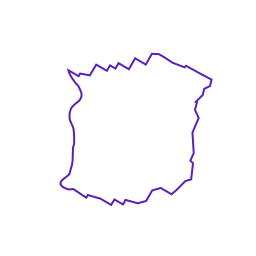 the district of Scott, Missouri, United States of America, rotated 210°
{"feature_id": "52423323B46745928167529", "entity_name": "Scott", "entity_type": "district", "adm_level": 2, "iso_a3": "USA", "parent_name": "United States of America", "parent_adm1": "Missouri", "projection": "mercator", "projection_center": [-89.519, 37.056], "detail": "fine", "context": "isolated", "style": "outline", "palette": "violet", "viewbox_px": 256, "rotation_deg": 210, "n_neighbors": 0, "source": "geoboundaries", "source_scale": "gbopen_adm2", "svg_char_len": 1164}
<svg xmlns="http://www.w3.org/2000/svg" viewBox="0 0 256 256"><g transform="rotate(210 128 128)"><path d="M79.9,211.7L89.1,211.3L103.0,211.0L108.9,210.8L109.4,208.8L122.1,206.8L132.1,207.4L138.2,207.4L144.4,204.2L144.3,191.8L156.7,191.9L156.6,179.3L168.6,179.4L168.6,173.2L174.9,173.2L174.9,167.0L187.2,167.0L187.4,154.5L196.7,151.2L196.7,148.2L208.4,148.2L206.9,146.7L204.9,145.2L202.1,143.6L197.1,141.2L191.5,139.3L186.1,135.3L185.0,133.8L184.2,132.4L184.0,131.6L183.7,128.7L183.8,127.6L185.9,122.1L187.0,117.9L187.0,115.6L186.0,111.9L184.1,108.2L182.8,106.4L181.0,104.8L176.2,101.4L174.8,100.0L173.9,98.9L170.1,93.3L166.8,87.4L165.8,83.5L159.7,72.1L157.8,67.3L157.5,65.6L155.8,59.3L155.9,57.8L159.0,49.9L159.2,48.9L159.0,47.0L158.8,46.3L158.2,45.5L157.5,45.1L154.9,44.3L151.9,44.5L148.7,45.1L144.9,47.8L129.3,46.8L129.2,49.9L116.6,53.0L104.1,53.0L104.0,59.3L99.8,59.3L94.1,59.3L94.2,64.5L81.8,67.7L75.8,73.9L75.8,86.1L69.7,92.4L57.2,92.4L55.0,98.5L51.8,110.7L47.6,115.1L54.1,130.0L57.7,130.9L58.5,139.1L69.9,156.3L71.8,172.0L79.1,177.2L81.2,184.9L82.3,184.6L79.8,194.1L81.6,200.0L77.9,205.4L79.9,211.7Z" fill="none" stroke="#5b21b6" stroke-width="2"/></g></svg>